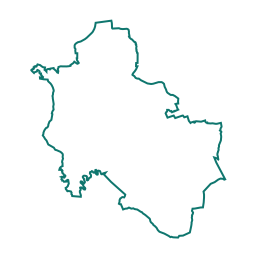 Adamus, Mures, Romania (orthographic projection), rotated 4°
{"feature_id": "2599482B10213033465232", "entity_name": "Adamus", "entity_type": "district", "adm_level": 2, "iso_a3": "ROU", "parent_name": "Romania", "parent_adm1": "Mures", "projection": "orthographic", "projection_center": [24.206, 46.308], "detail": "fine", "context": "isolated", "style": "outline", "palette": "teal", "viewbox_px": 256, "rotation_deg": 4, "n_neighbors": 0, "source": "geoboundaries", "source_scale": "gbopen_adm2", "svg_char_len": 5726}
<svg xmlns="http://www.w3.org/2000/svg" viewBox="0 0 256 256"><g transform="rotate(4 128 128)"><path d="M228.5,172.4L218.5,156.3L216.1,151.4L218.7,152.0L220.2,153.1L220.3,152.9L219.8,151.4L219.8,150.8L219.4,149.4L219.1,148.9L219.0,148.0L219.1,147.5L219.0,147.0L219.4,145.8L219.4,145.1L219.8,144.3L219.9,142.8L219.6,141.8L219.9,141.1L220.1,139.8L219.9,138.9L221.5,134.0L221.6,130.4L221.4,129.1L220.8,127.0L221.3,125.9L221.4,125.3L220.8,124.6L219.9,124.1L220.3,123.3L220.4,122.0L221.2,120.3L221.2,119.8L220.3,116.4L216.4,117.6L214.9,117.7L212.1,117.4L210.1,117.7L206.9,117.7L206.7,117.0L205.8,117.2L205.1,116.8L204.6,116.0L204.4,115.1L200.5,116.6L195.5,116.5L194.5,116.8L193.9,117.2L194.3,117.8L193.9,118.0L193.4,117.3L193.1,117.5L192.9,117.2L190.4,118.2L190.0,118.6L188.2,116.6L186.5,112.2L183.4,113.4L182.0,111.8L181.5,111.8L174.4,114.8L172.7,112.4L166.7,114.9L164.5,110.7L165.1,109.4L165.7,109.0L165.9,108.2L165.8,107.2L167.3,107.1L169.2,108.4L169.7,108.5L170.1,108.2L170.8,109.2L172.5,108.1L172.9,107.9L173.0,108.2L176.8,106.2L176.0,105.2L174.4,101.6L173.7,100.8L174.5,100.4L176.4,100.1L176.1,98.2L176.1,95.1L172.5,92.8L170.4,91.9L168.2,92.0L165.1,90.2L164.4,89.5L163.6,88.0L163.4,87.2L161.7,84.3L160.8,81.4L159.3,80.3L158.3,79.9L155.3,80.1L150.0,82.1L148.0,82.5L144.3,82.2L137.7,79.5L135.3,78.0L133.9,78.1L132.1,77.5L130.7,75.8L128.8,74.8L128.7,74.3L129.5,72.7L130.9,70.8L132.0,68.8L133.1,65.8L131.7,65.8L131.6,62.6L133.0,62.4L132.4,52.8L132.3,52.5L131.8,52.4L131.6,51.4L131.2,51.0L130.9,49.5L131.1,49.4L130.6,47.8L130.8,45.9L130.0,44.3L130.3,44.1L129.6,42.2L129.3,41.9L128.8,42.1L125.7,39.3L125.0,39.1L123.1,37.6L122.6,36.6L123.1,36.3L122.2,33.0L122.3,32.1L121.9,30.6L121.7,30.0L120.9,29.4L119.9,29.1L115.8,29.7L113.6,29.6L112.0,29.1L105.7,29.9L105.3,29.7L105.1,29.2L104.6,24.6L103.9,22.1L88.4,25.3L88.1,29.0L87.5,31.4L86.2,34.4L85.4,35.5L80.6,40.8L78.8,42.4L74.8,45.0L71.9,46.0L70.2,47.3L69.3,48.4L69.0,49.3L69.1,51.2L69.2,51.8L69.8,52.4L70.1,53.0L70.0,54.3L70.5,57.1L72.2,57.0L72.5,61.9L72.0,62.0L72.3,63.7L74.3,66.5L73.3,67.4L72.6,67.3L69.8,65.6L68.9,67.1L66.2,69.2L66.4,69.9L66.1,70.1L64.7,70.5L62.1,70.9L56.3,71.2L54.4,72.0L54.4,72.8L53.8,74.1L54.3,75.3L54.5,76.5L54.3,77.8L53.5,77.5L52.3,76.0L49.8,74.1L49.6,73.4L46.6,74.1L46.1,75.0L45.7,75.0L45.3,74.5L43.6,74.9L42.6,75.6L42.7,77.4L41.8,76.5L40.7,75.8L41.0,73.4L39.1,73.3L37.7,72.6L36.0,71.4L33.3,70.9L32.4,73.0L31.5,72.7L31.2,72.8L31.4,73.0L30.7,73.8L30.2,73.6L29.8,73.8L30.1,74.6L29.6,74.9L29.8,75.5L29.6,75.9L28.9,75.8L28.3,76.5L28.0,76.4L27.5,77.0L28.0,77.7L30.4,79.7L30.8,79.0L33.2,77.9L33.4,76.6L33.7,76.4L35.2,77.1L35.9,77.7L35.7,79.1L36.3,79.7L37.4,79.7L37.3,81.0L37.9,81.2L38.4,82.0L39.7,83.1L39.5,83.8L36.6,83.6L36.8,84.9L40.6,85.3L44.5,85.3L45.1,87.0L47.7,89.1L48.9,90.6L50.2,92.8L51.2,95.4L51.3,96.3L50.8,98.0L50.8,100.0L50.4,101.4L50.7,102.0L50.9,103.6L52.2,109.4L51.9,112.0L52.5,114.9L52.0,115.6L51.4,116.9L51.1,118.3L51.0,118.9L51.6,119.4L51.0,125.2L49.2,127.1L48.3,130.1L48.3,131.4L47.7,132.8L47.0,133.4L46.5,133.5L45.7,134.5L44.7,136.3L44.0,138.5L44.0,140.0L43.5,141.3L45.1,143.2L45.9,144.5L47.6,146.2L49.6,150.0L55.4,152.8L56.8,154.7L57.2,154.9L58.4,155.1L62.3,156.5L63.9,157.7L64.7,158.6L64.9,159.8L64.8,161.5L65.3,163.0L64.6,165.8L64.7,166.9L65.1,167.4L65.4,170.6L64.4,171.0L63.2,172.1L62.8,172.8L62.4,174.5L63.7,174.5L64.3,174.0L64.5,174.3L65.1,174.5L65.6,175.1L65.5,175.5L65.1,175.6L65.5,176.9L65.8,177.0L65.8,177.6L67.0,178.5L67.6,179.6L68.5,179.6L68.9,180.2L68.2,181.6L67.7,182.0L67.6,181.9L67.7,181.1L65.1,181.3L64.9,181.4L65.7,181.7L65.2,183.9L65.6,184.1L65.8,184.5L65.9,184.3L66.3,184.7L66.7,184.8L67.0,185.2L67.4,185.4L67.9,186.1L69.8,185.8L69.6,185.6L69.7,185.3L69.9,185.2L70.2,185.3L70.4,184.7L71.0,184.8L71.3,184.0L71.6,183.9L72.0,184.1L72.8,187.6L72.1,189.5L72.1,190.0L70.9,191.6L70.0,192.1L70.3,193.4L71.6,194.6L71.8,195.2L72.0,195.3L73.3,195.0L75.5,195.3L76.2,196.4L76.1,196.7L76.2,198.0L76.7,198.3L77.1,199.8L85.7,199.9L85.7,198.4L84.4,195.3L84.4,194.1L85.1,193.0L85.0,192.2L84.5,191.3L84.4,190.8L84.8,190.6L85.9,190.6L88.5,192.4L89.3,192.4L89.5,192.0L89.6,191.2L89.3,190.7L87.7,189.3L86.9,187.6L84.6,185.9L84.5,185.4L84.5,184.9L84.8,184.5L85.6,184.6L86.2,184.9L87.2,186.1L88.0,186.4L88.7,185.3L88.8,184.8L87.7,182.6L87.6,181.7L86.5,180.6L86.3,179.9L86.7,179.1L87.0,178.8L88.2,178.6L90.0,178.9L90.5,179.6L90.4,182.1L90.5,182.6L90.8,183.0L91.1,183.1L91.9,182.6L92.8,180.4L94.1,179.9L94.3,179.6L94.5,178.6L94.4,177.9L94.1,177.0L93.2,176.2L93.2,174.9L93.4,174.5L94.6,174.2L94.9,173.6L95.6,173.7L96.6,174.9L97.3,174.9L98.3,174.0L98.4,172.2L99.0,172.0L99.3,172.3L99.4,172.7L99.0,175.6L99.3,176.0L100.3,176.7L100.9,176.6L101.1,176.1L100.8,173.7L100.9,173.0L101.3,172.6L102.8,172.8L103.2,173.2L104.4,175.7L104.8,175.9L105.2,176.0L105.7,175.7L106.1,175.1L108.7,174.1L107.9,175.3L107.2,176.0L114.9,183.0L129.9,194.6L129.7,196.0L129.0,197.5L127.4,197.3L126.7,197.6L125.7,198.6L125.2,198.9L124.6,200.6L124.7,202.2L124.2,204.2L124.9,204.6L126.2,204.5L128.8,209.6L130.8,208.7L133.0,208.3L134.5,207.3L136.9,208.2L139.0,207.8L140.2,208.4L143.0,208.7L146.6,210.7L147.6,210.9L148.8,212.1L151.4,213.6L155.9,216.9L156.3,217.6L156.8,219.4L157.5,220.5L159.4,221.9L160.2,223.1L161.4,223.8L163.4,225.5L164.9,227.8L166.6,229.3L171.6,230.8L176.1,232.8L177.9,233.9L178.8,233.5L180.6,233.9L185.6,233.8L186.6,232.0L190.4,231.5L197.0,227.9L197.9,221.5L198.1,219.1L198.0,217.9L198.5,215.4L197.9,212.8L198.1,211.8L197.9,211.0L198.1,210.6L198.1,210.0L198.5,209.5L198.8,208.2L198.8,207.8L197.7,206.4L197.6,206.0L197.9,205.0L198.0,204.0L200.3,203.7L206.1,202.2L208.3,202.0L208.7,197.0L208.7,192.1L208.5,189.1L207.8,186.1L214.4,177.9L218.2,176.0L221.7,173.1L223.8,172.0L226.5,172.1L227.6,172.8L228.5,172.4Z" fill="none" stroke="#0f766e" stroke-width="2"/></g></svg>